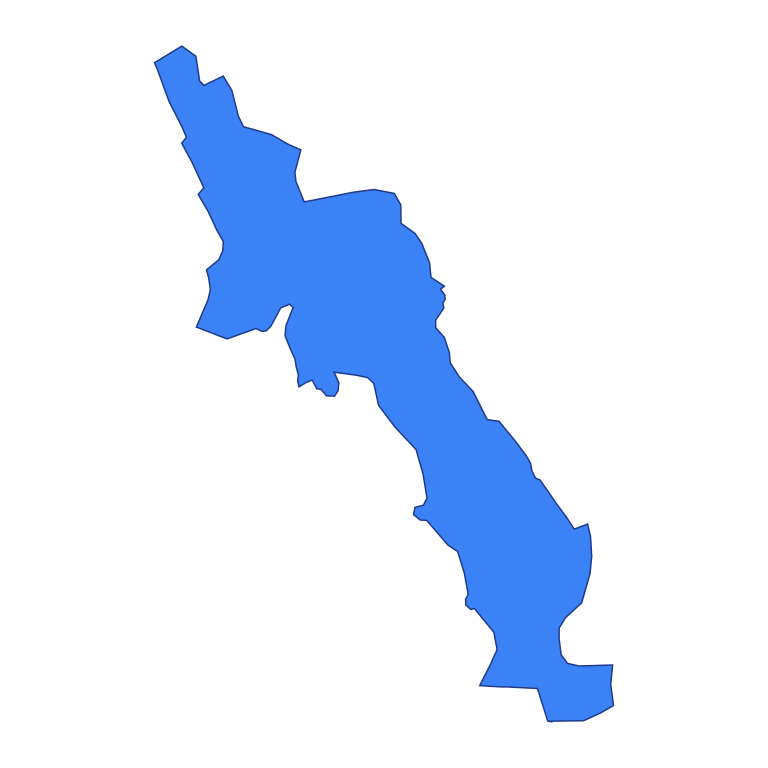 outline of Medani Al Kubra, Gezira, Sudan
{"feature_id": "16777658B51514444411297", "entity_name": "Medani Al Kubra", "entity_type": "district", "adm_level": 2, "iso_a3": "SDN", "parent_name": "Sudan", "parent_adm1": "Gezira", "projection": "mercator", "projection_center": [33.605, 14.33], "detail": "fine", "context": "isolated", "style": "filled", "palette": "blue", "viewbox_px": 768, "rotation_deg": 0, "n_neighbors": 0, "source": "geoboundaries", "source_scale": "gbopen_adm2", "svg_char_len": 1876}
<svg xmlns="http://www.w3.org/2000/svg" viewBox="0 0 768 768"><path d="M479.7,685.6L497.6,686.7L502.3,686.9L506.9,686.9L537.5,688.5L547.8,721.2L552.5,721.9L548.3,721.2L583.7,720.7L601.4,712.5L613.5,705.5L610.7,684.7L612.6,665.0L579.2,666.0L567.5,663.4L561.2,654.8L559.1,638.5L559.1,628.1L565.4,617.8L581.7,602.7L590.0,573.8L591.7,556.6L590.5,536.4L587.6,524.1L574.2,529.1L566.7,517.5L556.9,504.3L540.0,479.9L535.6,478.3L532.0,471.1L530.5,463.2L526.5,456.1L515.4,441.2L499.0,421.3L487.2,419.6L473.1,391.5L469.3,387.5L459.3,376.9L450.2,362.7L449.4,352.8L444.4,337.5L435.7,327.7L435.6,320.3L443.8,308.0L442.9,303.1L445.1,299.6L444.8,294.9L440.5,289.3L444.4,286.2L431.0,277.4L429.6,262.9L421.8,243.5L415.1,233.5L401.0,223.3L400.8,204.9L394.2,193.4L374.1,189.5L353.5,192.2L304.2,201.9L295.9,181.4L294.9,172.3L300.8,149.9L287.5,144.0L271.7,134.7L243.5,126.7L238.4,116.3L235.8,106.1L231.9,90.5L223.2,76.1L203.9,85.4L199.6,80.9L195.9,56.3L181.8,46.1L154.5,62.7L156.8,67.9L169.1,101.5L182.1,127.1L186.4,137.3L181.7,143.2L192.5,163.2L203.8,187.8L198.2,194.4L208.3,211.7L216.8,230.2L223.4,241.7L222.8,250.6L218.8,259.7L206.5,269.9L208.7,277.8L210.4,289.7L207.9,300.1L196.4,327.1L227.0,338.9L256.1,328.5L261.6,331.3L266.2,330.9L270.9,326.2L280.7,307.9L289.6,304.1L293.1,307.5L286.0,325.5L285.0,335.6L290.1,348.3L295.0,359.1L296.2,366.9L298.4,375.0L297.7,381.3L298.8,386.1L299.0,386.8L299.5,386.5L305.7,382.7L312.2,380.0L316.8,388.8L320.9,389.3L326.5,395.8L334.5,396.2L338.0,390.8L338.8,382.8L334.1,372.2L356.3,375.2L367.6,377.6L373.8,383.4L378.5,405.2L387.9,417.7L395.0,427.1L416.1,449.6L423.1,474.2L427.0,498.2L423.4,505.2L415.0,507.3L413.5,514.6L420.2,520.0L426.7,520.4L448.1,545.2L457.6,551.4L464.4,573.3L468.2,594.5L465.6,599.1L465.8,604.9L470.7,609.5L474.4,608.5L493.9,632.4L497.1,649.6L489.9,665.6L485.6,674.0L479.7,685.6Z" fill="#3b82f6" stroke="#1e3a8a" stroke-width="1.5"/></svg>